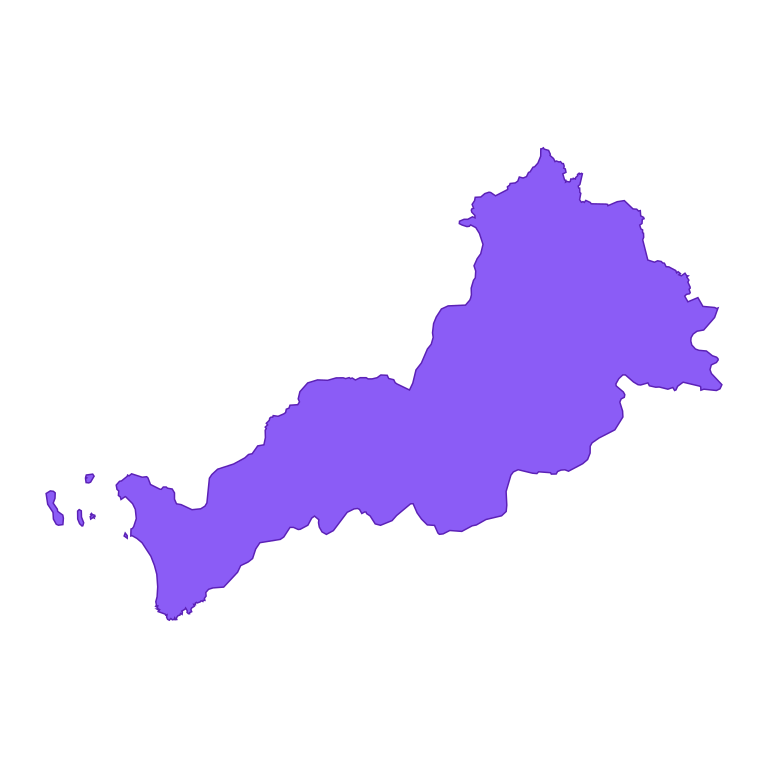 outline of Bengkayang, Kalimantan Barat, Indonesia
{"feature_id": "22746128B96004883426087", "entity_name": "Bengkayang", "entity_type": "district", "adm_level": 2, "iso_a3": "IDN", "parent_name": "Indonesia", "parent_adm1": "Kalimantan Barat", "projection": "albers", "projection_center": [109.504, 1.033], "detail": "fine", "context": "isolated", "style": "filled", "palette": "violet", "viewbox_px": 768, "rotation_deg": 0, "n_neighbors": 0, "source": "geoboundaries", "source_scale": "gbopen_adm2", "svg_char_len": 6088}
<svg xmlns="http://www.w3.org/2000/svg" viewBox="0 0 768 768"><path d="M718.0,308.0L716.7,308.5L714.7,307.5L702.9,306.4L697.9,297.6L687.9,301.8L684.7,296.1L686.6,294.3L689.4,293.8L690.2,292.7L689.1,289.2L690.2,288.1L690.1,287.0L687.9,282.1L688.9,280.1L686.8,277.1L688.1,275.9L686.7,275.8L685.0,273.2L681.3,275.8L678.9,274.8L680.4,273.6L678.1,271.7L676.6,272.8L675.8,270.6L668.9,266.9L666.1,266.7L664.4,263.2L662.6,262.9L661.3,261.5L657.6,260.8L654.5,262.2L647.8,260.0L642.7,239.8L643.7,237.3L643.5,233.2L642.6,232.7L642.6,229.9L640.9,228.9L639.7,225.1L642.0,223.5L642.3,219.4L644.1,218.7L643.6,217.4L640.7,215.8L640.3,210.6L638.5,211.0L636.7,209.2L633.0,208.9L624.3,200.6L617.2,201.7L607.9,205.7L607.6,204.4L606.0,204.1L591.2,203.8L590.3,202.5L585.8,200.4L584.3,202.4L583.0,201.6L581.4,202.3L579.6,199.7L580.8,193.3L579.8,192.4L579.7,188.1L578.7,188.0L578.2,186.1L579.9,184.5L582.4,173.8L581.5,173.3L579.7,174.1L579.1,173.2L577.5,174.5L577.7,175.7L575.7,177.5L575.4,179.0L573.3,178.3L573.1,179.0L570.8,179.0L570.3,181.3L569.3,182.0L566.9,181.4L565.6,182.1L565.9,180.3L564.6,180.0L562.8,173.9L566.0,172.3L565.3,168.9L563.7,168.1L564.2,166.1L563.4,163.6L562.2,163.6L560.5,161.6L559.0,162.0L556.4,161.0L555.0,161.6L553.6,158.6L550.0,155.4L550.3,154.2L548.6,150.4L544.2,149.1L543.4,147.8L541.0,149.3L540.8,148.2L540.7,156.2L537.9,163.1L534.6,166.8L533.0,167.2L530.1,171.8L528.5,172.5L526.5,176.6L523.1,178.0L519.3,177.0L517.8,181.1L515.3,182.9L510.1,183.5L509.6,185.2L507.4,186.8L507.8,189.1L507.1,189.8L495.5,195.8L490.7,192.5L489.0,192.2L484.8,193.6L480.8,197.0L475.2,197.3L474.6,200.6L472.1,204.4L473.6,208.3L471.7,209.0L471.3,210.3L471.8,212.2L474.9,215.5L475.0,217.8L472.4,216.8L467.8,219.3L464.0,219.3L459.5,221.2L459.3,223.6L462.0,225.0L466.9,226.6L469.3,226.3L470.6,224.9L475.8,227.6L479.4,233.4L483.0,244.4L480.7,253.8L477.2,258.6L474.0,265.8L475.7,271.0L475.3,277.8L473.5,280.3L471.2,288.1L471.4,294.9L470.6,298.1L469.8,300.1L465.5,305.1L448.1,305.9L441.4,309.0L436.3,316.9L433.6,323.5L432.5,332.8L433.2,337.4L431.2,344.3L427.4,349.0L421.4,363.0L416.0,369.9L412.8,383.1L409.5,390.0L397.1,384.0L395.2,382.7L393.7,379.7L388.7,378.5L387.2,375.3L380.8,375.0L377.1,377.7L372.0,378.9L368.1,378.9L366.2,377.7L360.1,377.7L355.4,380.0L352.2,378.0L350.6,378.6L349.2,377.6L345.6,378.6L343.2,377.8L336.1,377.9L327.7,380.3L317.5,379.9L307.7,382.9L299.9,391.7L298.2,398.9L299.5,401.9L297.7,404.7L290.0,405.2L289.0,408.1L286.3,409.2L285.6,412.5L283.9,413.8L278.1,416.3L273.2,415.6L272.7,417.1L270.9,417.2L269.7,418.2L269.3,420.3L266.3,423.3L267.6,424.9L265.2,427.1L266.3,428.5L265.2,430.2L265.4,437.7L263.9,444.8L257.7,445.9L252.2,453.7L248.5,454.5L244.8,457.9L233.6,464.0L217.6,469.2L211.8,474.6L209.4,478.2L206.9,502.9L204.9,506.2L200.7,508.8L192.0,509.7L181.1,504.6L176.5,503.8L174.5,499.2L174.5,492.9L172.2,489.0L167.5,488.2L166.2,487.0L163.3,487.0L161.3,489.3L159.9,489.2L150.5,484.5L148.0,478.0L146.7,476.7L142.2,477.2L131.6,473.8L129.0,475.9L127.6,475.1L127.2,476.3L121.5,480.9L119.5,481.3L116.2,485.1L117.0,489.4L118.7,490.9L118.4,495.5L120.3,496.9L121.0,499.5L125.2,496.6L125.9,497.0L132.6,503.7L135.3,509.3L136.3,518.6L133.7,526.6L132.4,528.5L131.0,529.0L130.8,536.0L132.1,535.7L136.9,538.4L142.1,542.8L150.9,556.3L154.4,565.3L156.8,574.3L157.7,586.8L157.1,596.7L155.8,601.7L156.5,605.4L155.6,606.3L156.4,606.8L156.8,605.8L157.8,605.8L157.3,608.2L158.7,609.1L157.0,609.1L159.1,610.4L158.2,611.6L165.1,614.1L165.7,615.2L167.0,614.7L166.6,617.2L167.6,619.3L169.3,620.2L170.9,618.5L172.3,619.8L174.0,619.5L174.6,618.1L175.1,619.7L176.8,619.5L176.3,618.0L178.1,615.6L180.0,615.1L180.5,613.5L182.1,614.4L182.4,612.0L181.7,611.1L184.9,609.3L185.6,608.0L187.3,610.9L187.0,612.3L188.4,613.7L189.6,613.7L189.7,612.6L191.7,611.7L190.9,609.7L191.5,608.1L194.4,606.2L193.7,604.4L195.4,604.8L195.3,603.2L196.4,602.4L197.1,603.0L200.2,601.9L201.1,600.8L202.9,601.5L203.2,600.3L204.9,600.4L204.4,598.3L206.1,596.1L205.8,592.5L208.6,589.3L213.0,587.9L223.7,587.1L237.6,572.2L240.7,565.6L248.2,562.0L252.6,558.5L255.7,549.0L259.9,542.7L280.3,539.4L283.8,537.0L290.0,527.4L293.5,527.4L298.2,529.5L300.2,529.3L307.9,525.2L311.7,518.1L314.5,516.1L318.8,519.7L318.5,522.8L319.3,527.1L322.0,531.9L326.4,534.4L333.4,530.6L347.2,512.3L354.1,508.9L357.6,508.5L359.5,509.4L361.8,513.5L364.8,511.9L366.2,512.2L366.6,513.6L370.1,515.9L375.2,523.9L380.5,525.3L392.1,520.6L396.6,515.5L410.6,503.8L413.1,503.7L417.1,512.9L421.5,519.1L427.3,524.9L434.5,525.4L437.9,533.0L439.3,534.3L443.1,533.9L449.8,530.5L461.8,531.4L472.2,525.8L476.3,525.0L486.0,519.5L501.6,515.8L506.2,511.5L506.8,505.2L506.1,491.5L510.9,475.2L513.4,471.9L518.1,469.7L532.5,473.2L536.9,473.6L538.6,471.8L550.5,472.7L551.3,474.1L556.2,474.0L557.6,471.5L561.0,470.1L564.9,469.8L568.5,471.2L582.7,463.7L587.6,459.5L590.1,453.1L590.2,446.2L592.1,442.8L599.0,438.0L614.9,429.8L622.9,417.0L622.6,411.0L619.8,402.1L621.2,398.9L624.3,397.3L624.8,394.7L623.4,392.0L616.2,385.9L615.9,383.9L618.8,378.7L622.8,374.9L625.4,374.9L633.5,382.0L638.0,384.7L640.6,385.0L647.9,382.9L649.4,385.8L655.7,387.2L659.2,387.0L667.9,389.2L672.8,387.5L674.6,390.5L676.0,389.9L677.6,386.3L683.1,382.2L699.9,386.2L700.7,386.9L700.9,390.2L703.9,389.2L716.4,390.5L720.0,388.8L721.9,384.7L711.4,373.5L710.0,369.6L711.3,364.9L716.4,362.5L718.2,359.9L718.0,358.7L716.6,357.2L712.3,355.7L706.4,351.0L698.9,350.3L695.4,349.0L691.8,345.0L690.8,341.0L691.1,337.6L693.2,334.0L697.1,331.2L703.7,330.0L714.6,317.5L718.0,308.0ZM50.3,490.9L46.1,493.5L47.7,504.3L53.0,512.4L53.4,519.1L56.3,524.3L58.4,525.2L62.9,524.6L63.4,518.2L62.8,515.1L57.7,511.4L57.3,509.1L53.2,503.1L55.0,498.3L55.2,492.9L53.4,491.3L50.3,490.9ZM82.8,525.8L83.7,522.8L81.5,517.1L81.3,510.8L79.2,509.6L77.6,511.1L77.7,519.0L79.6,523.7L82.0,526.0L82.8,525.8ZM92.7,474.1L86.3,475.0L85.6,477.4L86.7,477.9L85.5,478.6L86.1,482.6L88.8,482.9L90.6,482.1L94.1,476.2L92.7,474.1ZM92.3,514.5L91.5,513.4L90.6,514.4L91.5,515.5L90.2,516.6L90.7,519.1L93.1,517.5L94.1,518.0L93.7,516.8L95.0,516.6L94.8,515.3L92.3,514.5ZM125.2,533.0L124.1,536.0L127.2,538.2L127.2,535.6L125.2,533.0Z" fill="#8b5cf6" stroke="#5b21b6" stroke-width="1.5"/></svg>